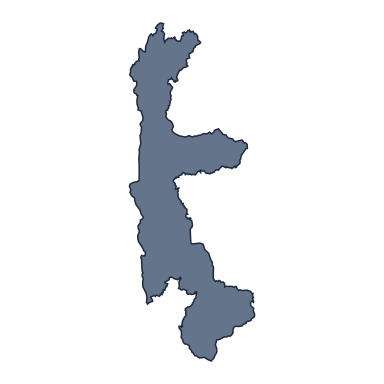 the district of Pyinoolwin, Mandalay, Myanmar
{"feature_id": "60261553B76986100212845", "entity_name": "Pyinoolwin", "entity_type": "district", "adm_level": 2, "iso_a3": "MMR", "parent_name": "Myanmar", "parent_adm1": "Mandalay", "projection": "robinson", "projection_center": [96.329, 22.676], "detail": "fine", "context": "isolated", "style": "filled", "palette": "slate", "viewbox_px": 384, "rotation_deg": 0, "n_neighbors": 0, "source": "geoboundaries", "source_scale": "gbopen_adm2", "svg_char_len": 6003}
<svg xmlns="http://www.w3.org/2000/svg" viewBox="0 0 384 384"><path d="M253.4,302.4L253.7,301.5L252.5,298.1L253.4,297.6L252.5,295.2L253.0,293.5L252.0,293.5L250.8,291.7L249.6,291.0L247.2,290.2L241.9,290.5L240.1,289.8L238.8,290.4L237.0,288.6L236.3,286.7L235.3,286.5L234.6,287.2L233.0,287.0L232.3,286.4L225.6,286.3L224.7,286.9L224.6,283.6L223.2,282.0L220.8,282.3L220.0,280.8L219.0,280.4L218.0,281.4L216.8,280.8L215.5,281.4L214.0,279.8L213.2,277.7L213.5,267.0L212.4,265.3L212.3,262.4L210.8,259.8L208.6,253.2L204.9,249.7L203.1,244.3L200.0,243.1L192.7,243.9L191.5,243.7L190.8,242.5L190.2,229.3L191.7,227.0L192.1,227.0L192.5,224.8L191.8,220.9L190.0,219.2L190.8,218.6L190.5,218.1L189.4,218.0L189.3,219.1L188.2,218.4L187.4,218.7L187.3,217.8L185.7,216.7L186.1,214.2L187.6,214.2L186.9,213.2L186.9,209.3L185.4,208.2L185.0,207.3L184.3,207.2L184.1,205.9L183.0,205.0L183.2,203.7L182.5,204.1L181.9,203.0L181.0,202.6L181.3,201.2L178.6,198.2L177.8,196.1L178.2,195.5L177.6,192.1L178.2,191.1L177.8,189.1L178.8,188.5L178.8,187.9L175.4,189.2L176.2,186.1L175.0,184.6L175.2,183.6L173.4,181.7L173.4,180.3L175.1,178.4L176.2,178.1L176.0,177.3L178.6,177.3L178.3,176.7L179.2,175.7L181.8,174.6L181.8,173.7L182.7,173.5L183.3,172.4L184.8,173.2L185.3,174.6L186.2,173.8L187.5,173.7L188.2,174.5L190.5,174.2L191.4,174.9L193.1,174.3L195.3,174.9L197.5,171.9L199.1,171.0L200.6,172.6L200.6,170.4L201.0,170.2L201.6,170.9L204.3,171.1L206.0,173.2L210.1,173.8L210.6,172.8L211.5,173.1L214.2,172.1L215.4,170.2L216.6,169.9L218.2,170.2L221.9,166.2L223.3,166.3L225.1,167.4L226.0,166.7L226.2,167.6L228.0,167.2L229.3,167.9L231.2,167.8L231.9,168.6L234.3,166.4L235.4,166.4L235.3,167.6L236.5,167.2L237.2,165.3L238.2,165.0L240.1,162.9L239.9,159.7L240.7,159.0L241.1,155.8L245.7,149.0L247.4,148.3L247.1,144.3L245.7,142.8L244.0,142.8L242.7,140.6L241.8,140.0L235.4,141.6L234.1,141.1L232.6,138.9L228.9,138.2L227.2,137.0L226.2,135.1L222.6,134.3L222.2,133.3L218.4,128.8L214.4,130.4L214.0,131.9L211.9,133.9L209.6,132.1L207.0,133.9L203.5,133.6L200.3,135.4L198.9,135.2L196.1,136.2L194.6,136.0L192.4,137.0L188.9,135.6L185.8,137.1L179.6,135.9L174.6,133.5L172.3,131.2L171.9,129.9L173.4,126.3L171.9,122.5L170.6,121.0L168.5,120.0L166.0,117.4L165.9,116.3L166.5,114.1L166.2,112.7L165.7,112.5L165.9,110.9L166.9,110.0L167.6,110.3L167.8,108.8L168.6,108.2L168.5,106.0L169.4,105.9L170.1,103.0L170.0,101.4L171.0,99.8L170.6,97.1L171.2,95.8L170.5,94.8L170.3,91.9L172.6,87.7L169.7,83.7L168.1,84.5L167.8,82.5L168.5,79.7L170.4,79.4L171.4,77.9L171.7,79.0L173.5,80.0L173.8,81.4L174.9,82.1L175.3,82.1L175.9,80.7L176.4,81.2L177.7,80.7L177.7,79.6L176.7,77.4L176.8,76.0L179.6,70.2L180.0,70.6L181.0,70.2L183.5,67.5L185.6,67.3L187.8,65.9L186.3,64.2L186.8,64.0L187.0,62.9L186.2,61.0L186.7,59.1L189.7,57.8L188.7,54.2L192.9,51.7L193.7,48.3L195.3,46.9L195.6,45.7L199.9,43.5L200.6,42.2L197.8,39.8L197.7,36.8L196.5,34.4L195.3,33.5L194.7,34.0L193.0,31.3L190.9,32.2L190.7,31.4L189.8,31.5L189.5,30.0L187.7,30.6L186.4,32.5L185.4,32.9L184.5,32.0L182.4,32.8L183.5,34.7L183.2,35.5L181.7,36.0L181.5,38.0L180.1,41.2L176.9,40.9L176.0,40.1L176.0,39.5L174.9,38.9L175.1,37.4L174.4,37.0L173.2,38.4L171.8,38.5L171.5,37.9L169.5,38.5L168.4,38.2L166.3,39.8L164.8,42.3L163.7,38.7L164.5,33.9L163.0,31.6L161.6,31.4L161.4,30.8L163.3,28.3L162.7,26.7L163.6,23.7L161.0,23.0L159.7,23.3L157.3,25.1L156.7,26.5L155.6,27.4L155.4,28.0L157.2,29.0L157.4,29.8L156.8,30.3L156.0,33.0L153.7,34.2L152.9,35.7L151.4,33.9L150.7,34.2L148.9,36.7L147.6,41.7L145.7,46.4L145.3,51.9L143.4,51.5L140.6,48.7L139.4,48.6L138.6,52.1L139.2,57.5L138.7,59.3L139.1,60.5L136.7,61.3L135.0,63.0L134.6,64.7L132.8,64.6L132.3,66.9L131.7,66.9L130.5,69.1L130.6,71.8L129.8,74.5L130.0,75.6L132.1,77.2L133.8,81.2L136.0,81.1L136.7,82.2L136.7,85.5L133.9,89.5L133.9,91.7L134.6,93.2L136.5,94.2L136.8,95.3L137.8,95.4L136.9,100.6L137.1,104.5L138.3,107.6L138.0,109.9L141.0,111.0L143.0,117.4L142.9,120.3L140.2,123.7L140.5,125.5L141.5,126.8L141.1,133.1L140.0,135.6L140.8,143.7L139.0,149.8L139.5,152.3L138.8,158.5L139.2,165.1L139.1,180.4L137.1,181.9L134.1,182.1L130.0,184.2L129.4,186.2L130.8,189.7L130.0,192.5L131.9,196.0L134.5,197.8L134.8,200.9L136.0,204.6L140.0,210.1L141.2,214.2L143.2,216.9L142.8,218.6L140.4,220.0L140.2,222.8L138.1,225.7L138.1,228.1L139.2,230.8L139.2,232.1L137.7,235.7L137.9,239.1L138.6,241.8L143.4,249.2L143.4,250.3L145.3,252.0L145.2,255.7L143.1,255.9L141.7,255.4L140.8,257.5L141.5,258.9L142.1,270.7L143.1,272.7L142.5,273.0L142.1,275.1L142.1,276.3L143.4,278.4L142.6,281.8L142.9,286.8L146.2,293.4L147.0,297.7L146.5,302.2L147.5,304.1L149.4,302.5L152.7,301.2L152.4,299.8L150.7,297.4L150.9,296.9L154.1,295.6L155.3,296.4L156.3,295.1L159.2,296.3L160.1,295.6L160.4,294.3L162.1,294.6L162.1,292.7L163.1,292.8L163.3,289.8L164.8,290.2L165.8,286.6L166.7,286.6L167.7,283.8L164.9,283.0L164.8,282.1L168.9,279.9L169.6,277.3L171.9,277.3L174.2,278.7L177.6,279.7L180.3,277.3L181.0,278.7L179.9,279.7L178.9,282.0L179.3,286.0L178.6,288.5L179.5,288.6L181.0,289.8L182.0,290.0L182.9,289.2L186.7,290.5L186.6,293.1L188.1,294.3L189.4,293.9L192.0,294.5L195.4,293.4L194.9,292.6L195.5,291.9L196.7,292.0L195.8,297.8L194.2,299.5L193.8,301.5L192.4,303.3L192.1,304.8L190.5,306.2L188.6,307.1L188.0,306.8L185.4,308.7L185.2,310.3L186.2,311.2L185.7,312.7L186.0,315.3L184.1,317.8L182.5,321.1L181.8,325.3L182.5,326.2L181.7,327.3L180.3,326.1L178.9,326.5L179.4,328.7L181.2,330.4L181.6,334.5L181.1,337.2L182.1,338.4L183.3,342.1L184.4,343.8L187.3,344.4L189.2,345.9L189.6,346.6L189.2,348.2L191.5,350.5L192.0,352.3L193.0,352.7L195.0,355.8L196.2,355.8L199.4,358.0L204.4,357.4L207.6,359.5L211.2,361.0L214.3,357.5L214.7,355.7L216.3,353.3L216.8,351.8L216.7,348.5L215.4,344.9L216.7,339.8L219.2,339.6L224.0,337.0L227.2,336.8L228.1,336.0L230.1,336.2L231.5,335.2L233.1,332.7L232.9,330.0L234.0,327.0L235.8,326.3L238.8,326.5L242.3,325.8L243.1,324.5L246.0,323.4L246.1,322.3L247.5,321.4L250.0,320.9L251.2,320.1L251.4,318.9L254.4,316.8L254.6,314.3L253.3,310.7L253.6,308.2L251.6,306.7L250.8,305.3L250.5,303.6L250.7,302.5L251.7,301.4L252.5,301.4L253.4,302.4Z" fill="#64748b" stroke="#1e293b" stroke-width="1.5"/></svg>